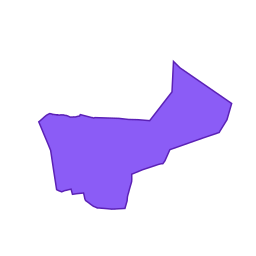 the district of San Juan Colorado, Oaxaca, Mexico, rotated 49°
{"feature_id": "50627088B25667047136129", "entity_name": "San Juan Colorado", "entity_type": "district", "adm_level": 2, "iso_a3": "MEX", "parent_name": "Mexico", "parent_adm1": "Oaxaca", "projection": "equal_earth", "projection_center": [-97.926, 16.501], "detail": "fine", "context": "isolated", "style": "filled", "palette": "violet", "viewbox_px": 256, "rotation_deg": 49, "n_neighbors": 0, "source": "geoboundaries", "source_scale": "gbopen_adm2", "svg_char_len": 1746}
<svg xmlns="http://www.w3.org/2000/svg" viewBox="0 0 256 256"><g transform="rotate(49 128 128)"><path d="M186.7,183.1L182.4,176.5L182.3,176.4L179.6,173.6L178.5,172.1L176.9,169.6L175.3,167.3L173.6,164.7L173.2,164.1L172.6,163.1L170.9,160.5L170.7,160.3L169.2,158.8L165.3,155.5L169.0,144.5L175.6,128.6L176.7,126.5L177.8,125.1L177.0,121.7L171.8,110.6L181.3,86.6L184.9,77.5L191.2,62.1L190.8,61.1L186.7,47.9L177.5,33.7L116.8,49.3L107.6,50.0L129.6,71.1L136.7,106.8L128.3,115.0L121.9,122.0L114.7,128.6L113.7,129.7L98.4,146.2L98.0,147.4L96.8,148.0L96.5,148.4L86.6,155.2L86.8,155.8L87.2,156.7L87.0,157.0L86.7,157.5L86.2,158.3L85.0,160.8L84.6,161.1L83.9,161.8L83.6,162.5L83.0,163.0L82.6,163.6L82.0,164.3L81.9,164.5L81.5,164.6L81.1,164.8L80.7,165.0L79.3,165.6L78.7,166.0L78.3,166.2L78.2,166.2L77.9,166.6L77.1,167.2L77.0,167.4L76.9,167.4L75.7,168.2L75.7,168.3L75.1,168.9L74.4,169.7L73.9,170.2L73.5,171.1L72.9,171.6L72.2,172.4L71.9,172.8L71.7,172.6L70.8,173.6L69.9,174.4L68.2,175.9L68.2,176.1L67.6,176.2L66.1,177.3L65.7,177.7L65.7,177.8L65.6,178.0L64.9,181.0L64.8,183.9L64.9,186.9L64.8,187.8L64.9,188.7L64.8,191.3L72.0,193.7L73.6,194.2L76.8,195.3L86.9,198.6L94.2,201.1L111.0,211.8L127.7,222.3L129.7,221.5L132.7,219.9L133.7,216.9L134.6,215.3L135.6,213.3L136.8,211.1L141.6,213.4L144.0,209.7L147.9,204.2L149.7,205.1L152.7,206.8L153.0,207.0L154.9,207.6L158.3,206.8L159.3,206.6L160.9,206.3L163.8,205.6L164.1,205.5L164.4,205.5L165.4,204.9L166.5,204.4L167.6,203.8L168.2,203.5L168.3,203.6L169.6,202.1L171.1,200.7L171.8,200.0L171.9,199.9L172.0,199.8L172.6,199.2L175.9,196.0L177.9,194.1L178.4,193.7L178.6,193.4L179.1,192.8L180.6,191.0L181.4,189.9L181.6,189.6L182.4,188.6L183.0,187.8L184.2,186.3L186.7,183.1Z" fill="#8b5cf6" stroke="#5b21b6" stroke-width="1.5"/></g></svg>